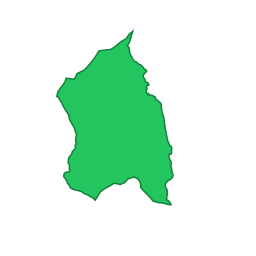 outline of Mayo-Dallah, Mayo-Kebbi Ouest, Chad, rotated 215°
{"feature_id": "50815135B58245995276010", "entity_name": "Mayo-Dallah", "entity_type": "district", "adm_level": 2, "iso_a3": "TCD", "parent_name": "Chad", "parent_adm1": "Mayo-Kebbi Ouest", "projection": "mercator", "projection_center": [14.882, 9.1], "detail": "fine", "context": "isolated", "style": "filled", "palette": "green", "viewbox_px": 256, "rotation_deg": 215, "n_neighbors": 0, "source": "geoboundaries", "source_scale": "gbopen_adm2", "svg_char_len": 4284}
<svg xmlns="http://www.w3.org/2000/svg" viewBox="0 0 256 256"><g transform="rotate(215 128 128)"><path d="M207.2,133.4L206.0,129.1L206.2,123.2L206.2,117.5L204.5,113.0L203.3,113.3L203.2,113.3L201.7,112.8L200.7,112.4L199.9,111.8L199.7,111.7L198.8,111.3L198.4,111.1L197.6,110.9L197.3,110.8L197.1,110.8L196.7,110.7L195.8,110.2L195.7,110.2L194.9,109.2L193.3,108.6L192.5,108.2L191.4,107.7L189.1,106.7L187.3,106.1L185.7,105.3L184.1,104.6L180.7,101.4L180.3,101.2L176.5,99.3L175.4,98.8L172.2,97.3L168.2,94.3L166.9,93.3L166.2,92.8L165.8,91.7L165.7,91.3L165.3,90.7L165.0,90.2L163.9,87.8L162.7,86.7L161.6,85.3L161.4,84.4L161.3,84.1L161.2,83.7L161.1,83.2L160.1,82.1L159.7,81.6L159.6,80.6L159.5,79.6L159.7,78.8L159.8,78.2L160.0,77.6L160.0,77.0L160.0,76.3L159.6,75.7L159.4,75.1L159.4,74.6L159.2,73.6L159.3,72.3L159.5,70.3L158.9,68.5L158.5,67.5L157.6,66.1L157.1,65.1L155.4,64.5L154.2,63.4L153.1,61.5L152.5,60.7L151.6,60.2L151.3,60.0L151.1,59.4L151.4,58.6L151.5,58.0L152.8,56.9L153.2,56.3L153.9,55.4L153.9,54.9L154.0,54.5L154.0,54.0L154.0,53.9L153.8,53.2L153.6,52.7L152.8,51.5L152.2,51.0L150.7,50.7L150.0,50.5L149.5,50.3L147.3,49.3L146.8,48.7L146.2,48.1L143.5,47.4L143.0,47.3L142.3,46.8L140.8,46.0L138.5,46.2L138.2,46.2L137.5,46.4L135.0,47.2L133.9,47.7L132.8,48.3L131.1,48.7L129.0,49.3L128.7,49.3L126.6,49.1L126.2,49.1L122.9,50.1L121.3,50.1L119.6,50.1L116.5,50.6L116.1,50.7L113.6,49.9L113.6,54.1L114.0,59.9L112.5,64.6L110.0,69.4L107.7,74.8L101.9,77.4L99.5,81.2L98.7,86.5L95.0,91.3L90.4,92.0L86.2,90.1L83.5,86.6L79.1,85.5L72.4,84.3L65.2,82.5L59.3,84.8L55.2,87.2L52.1,87.9L48.8,89.7L49.8,90.6L51.0,90.9L51.0,91.0L51.4,91.1L52.7,91.5L52.8,91.5L53.7,91.5L55.2,91.5L56.6,93.6L57.1,94.8L57.5,95.4L57.8,96.2L57.9,96.6L58.4,97.3L59.0,98.1L60.2,99.6L63.3,101.1L64.5,102.2L64.9,103.2L65.4,104.1L65.4,104.3L65.4,105.0L65.1,106.8L65.1,107.1L65.0,107.7L63.7,110.4L63.6,110.7L63.5,111.3L63.2,113.3L63.8,114.8L64.1,115.1L65.2,116.2L67.0,117.4L68.1,118.9L68.7,119.1L68.8,119.1L68.9,119.4L69.1,119.8L70.5,121.0L71.2,121.9L71.4,122.2L71.6,122.5L71.7,122.8L72.6,124.4L73.1,124.9L73.3,125.0L73.8,125.1L74.4,125.5L74.9,125.8L75.1,125.9L75.5,126.1L76.2,126.3L76.5,126.9L77.0,127.2L78.1,128.1L79.0,129.2L79.0,129.5L79.0,129.8L77.9,131.2L77.8,131.3L77.8,131.5L77.8,132.0L78.6,133.3L79.4,134.6L80.5,136.4L81.0,136.9L81.3,137.3L81.9,137.6L83.0,137.7L83.6,137.8L84.9,138.2L85.5,138.7L86.3,139.2L86.5,139.4L87.1,139.7L87.7,139.9L88.0,140.1L90.4,142.5L91.1,143.1L92.0,143.8L92.2,144.1L96.2,148.1L97.0,148.5L97.6,149.4L98.3,150.2L98.8,150.7L99.5,151.5L99.9,151.8L100.0,151.8L100.8,152.5L101.0,152.8L101.7,153.8L103.2,155.4L104.5,156.9L105.9,158.0L106.7,158.7L109.4,160.5L110.4,161.8L110.9,162.5L111.6,163.0L112.2,163.5L114.2,166.4L115.1,166.8L116.0,167.3L116.4,167.2L116.6,167.2L117.5,167.3L119.3,167.4L119.8,167.5L120.6,167.7L121.7,167.7L122.8,168.4L123.6,169.0L124.5,168.9L125.4,168.6L127.3,168.7L128.0,167.9L128.3,167.8L128.6,167.7L128.8,167.6L129.7,167.8L130.0,167.5L130.1,167.4L130.5,166.9L130.9,167.3L131.3,167.8L131.5,167.5L131.5,167.4L131.9,167.3L132.5,167.6L132.8,167.7L133.8,167.9L134.0,168.1L134.7,169.6L134.8,169.9L134.9,170.2L135.0,170.2L134.8,170.9L135.0,171.4L135.4,171.6L135.8,172.0L136.1,172.3L136.6,172.7L137.3,173.3L137.5,173.4L137.4,173.4L136.5,174.1L136.0,174.4L135.9,174.7L135.7,174.9L135.5,175.2L137.4,176.4L138.6,176.4L139.9,176.1L140.9,176.3L141.6,177.3L143.8,178.2L144.1,178.2L144.4,178.2L145.8,179.7L145.9,180.0L146.1,180.3L145.9,181.0L145.7,181.7L145.4,183.7L145.3,184.5L145.5,185.4L146.0,185.9L146.4,185.9L147.4,185.7L147.6,185.7L148.2,185.7L148.5,185.8L152.2,186.8L152.7,186.9L153.8,187.0L154.7,186.7L155.1,186.6L155.4,186.5L155.7,186.5L156.5,186.5L157.1,186.5L157.8,186.7L158.3,186.9L159.0,186.8L159.3,186.7L160.8,186.5L161.6,186.5L162.0,186.5L162.4,186.7L164.8,187.9L164.9,188.0L166.5,188.8L167.4,189.2L168.8,190.0L169.6,190.7L171.1,192.0L172.7,193.9L173.3,194.5L175.7,195.0L175.9,195.4L175.9,195.6L175.8,196.3L175.8,196.9L175.9,198.2L176.2,200.2L176.9,201.3L177.0,201.9L177.2,202.5L177.4,204.2L178.2,205.2L178.7,206.7L178.8,206.9L178.8,207.1L178.8,207.9L179.5,210.0L180.9,205.1L180.7,200.1L183.2,195.0L185.0,188.0L187.0,182.7L188.1,181.7L195.9,174.7L195.6,166.1L195.9,159.5L196.5,154.2L197.0,150.4L200.9,143.4L199.9,137.2L207.2,133.4Z" fill="#22c55e" stroke="#15803d" stroke-width="1.5"/></g></svg>